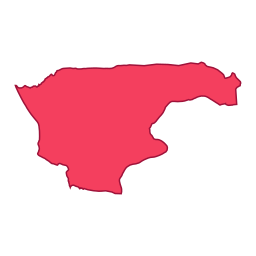 Thaphabath, Bolikhamxai, Laos (Natural Earth projection)
{"feature_id": "54806243B39354451969384", "entity_name": "Thaphabath", "entity_type": "district", "adm_level": 2, "iso_a3": "LAO", "parent_name": "Laos", "parent_adm1": "Bolikhamxai", "projection": "natural_earth1", "projection_center": [103.109, 18.364], "detail": "fine", "context": "isolated", "style": "filled", "palette": "rose", "viewbox_px": 256, "rotation_deg": 0, "n_neighbors": 0, "source": "geoboundaries", "source_scale": "gbopen_adm2", "svg_char_len": 5407}
<svg xmlns="http://www.w3.org/2000/svg" viewBox="0 0 256 256"><path d="M114.3,67.4L112.0,68.3L109.5,68.5L106.5,68.4L103.6,68.5L100.6,68.3L96.8,68.1L93.5,68.1L87.9,68.3L85.2,68.6L84.4,68.5L83.0,68.6L81.6,68.9L78.9,69.0L77.2,68.9L75.9,68.3L75.6,68.3L73.1,68.5L70.2,68.0L66.9,68.2L63.9,68.4L63.6,68.4L62.2,68.7L58.7,70.4L57.6,70.6L57.3,70.6L57.0,70.8L56.8,71.0L56.7,71.3L56.5,71.8L56.3,72.3L56.0,72.5L55.7,72.6L55.5,72.9L54.7,74.8L54.4,75.2L54.1,75.4L53.8,75.6L52.7,75.6L52.3,75.2L52.1,75.0L51.9,74.6L51.7,74.4L51.4,74.3L51.2,74.3L50.6,74.9L50.1,75.3L49.9,75.6L49.1,76.4L48.8,76.7L48.5,76.8L48.2,76.8L47.9,76.9L47.7,77.1L47.4,77.6L47.2,77.7L47.0,77.9L46.7,77.9L46.5,78.1L46.1,78.5L45.7,78.7L45.2,79.0L45.0,79.3L44.8,80.3L44.7,80.5L44.2,80.8L44.0,81.0L43.8,81.6L43.5,81.8L43.3,81.9L43.0,81.9L42.9,82.2L42.7,82.4L41.6,83.0L41.4,83.2L41.3,83.6L41.2,84.0L40.3,84.5L39.8,84.9L39.6,85.1L39.3,85.1L39.2,84.9L39.1,84.6L38.9,84.5L38.8,85.3L38.8,85.7L38.6,86.1L38.3,86.1L38.1,86.1L37.8,86.2L37.6,86.3L37.4,86.6L37.1,87.0L36.9,87.0L36.5,86.9L35.9,86.3L35.6,86.1L35.3,86.0L35.0,86.0L34.1,86.2L33.6,86.1L33.3,86.2L32.6,86.9L32.4,87.1L32.0,87.2L31.4,87.2L31.0,87.4L30.4,87.9L30.1,87.9L29.8,87.8L29.4,87.7L29.0,87.4L28.6,87.3L28.2,87.1L27.3,86.8L26.8,86.7L26.2,86.4L25.7,85.8L25.5,85.7L25.0,85.7L24.8,85.7L24.5,85.9L24.2,86.2L23.7,86.7L23.4,87.0L22.8,87.3L22.0,87.7L21.5,87.9L20.9,88.0L20.6,87.9L19.6,88.0L18.4,87.7L17.6,87.1L16.8,86.0L16.1,85.5L15.4,85.5L16.0,87.2L18.2,92.0L21.2,97.9L23.8,102.7L26.0,106.2L26.9,107.9L28.9,111.0L31.1,114.2L33.5,117.2L35.8,120.0L37.1,121.5L38.4,123.6L39.0,126.0L39.5,131.0L39.6,136.2L39.5,139.7L39.4,140.2L39.1,140.6L38.9,141.3L38.5,142.4L38.1,143.1L38.1,144.2L38.3,144.9L38.6,145.4L39.0,146.5L39.3,148.1L39.3,149.3L38.9,150.3L38.6,151.6L37.7,153.5L37.7,153.8L37.8,154.2L38.5,155.1L39.7,155.9L41.0,156.5L42.8,157.5L44.6,158.3L45.3,158.7L46.2,159.5L48.8,161.1L50.7,162.7L51.4,163.2L52.1,163.6L53.3,163.7L55.2,164.4L56.5,164.9L57.4,165.1L57.7,164.9L58.3,163.9L58.7,163.7L59.4,163.5L60.1,163.5L62.0,164.3L62.8,164.7L66.3,165.5L67.2,166.3L67.8,167.2L68.2,168.1L68.5,169.0L68.5,169.7L68.2,170.2L67.1,171.2L66.4,172.1L66.3,172.8L66.5,174.1L66.8,175.6L67.1,176.3L68.4,178.5L68.3,180.5L68.3,180.8L68.4,181.3L68.8,181.7L68.8,181.8L68.8,182.5L68.9,183.0L69.1,183.4L69.2,183.6L69.3,184.0L69.4,185.4L69.5,185.6L69.8,185.9L70.0,186.1L69.8,186.3L70.1,186.7L70.3,187.4L70.5,186.9L70.8,186.4L71.4,185.8L71.6,185.6L72.1,185.4L72.5,185.3L73.1,185.2L73.7,185.2L75.0,185.8L75.8,186.2L77.5,186.7L78.1,186.9L78.4,187.1L78.8,187.4L79.0,187.7L79.4,188.3L79.5,188.5L79.8,188.2L80.1,188.0L80.2,187.9L80.4,188.0L80.6,188.3L80.9,188.0L81.0,188.0L81.2,188.3L81.3,188.3L81.6,188.2L81.8,188.1L82.0,188.2L82.3,188.3L82.5,188.6L82.8,188.9L83.2,189.2L83.3,189.2L83.5,188.8L83.7,188.6L83.9,188.5L84.2,188.5L84.4,188.6L84.9,188.9L85.2,188.9L85.9,189.1L87.8,189.7L93.4,190.7L98.9,191.2L101.6,191.1L105.7,190.8L108.3,191.3L111.9,192.0L115.1,193.5L121.2,193.7L121.6,191.8L121.6,189.5L121.4,188.1L120.1,184.1L119.5,181.5L119.4,180.3L119.5,179.4L119.7,178.7L120.5,177.5L121.6,175.9L122.1,174.9L122.5,173.7L123.4,172.2L124.4,170.3L125.6,168.4L126.5,167.4L127.3,166.7L129.9,165.1L131.2,164.7L132.9,164.2L135.9,163.8L137.5,163.3L138.9,162.9L140.1,162.2L141.7,161.1L144.0,159.8L146.3,158.8L148.2,158.0L150.3,157.4L154.2,157.0L156.4,156.4L159.4,155.3L162.2,154.0L164.6,152.5L165.9,151.8L167.1,150.0L167.4,147.7L167.0,146.1L166.2,145.1L165.0,143.8L164.1,142.9L162.5,141.6L161.7,141.1L160.9,140.6L158.8,139.7L157.3,139.5L156.3,139.5L155.2,139.4L154.0,138.9L153.5,138.5L153.0,137.4L152.4,136.5L152.1,135.9L151.8,135.4L151.2,134.9L150.8,134.5L150.4,133.9L150.0,132.9L149.9,132.1L149.8,131.6L149.8,130.7L149.8,129.9L149.7,129.5L149.6,129.1L149.4,128.8L149.5,128.5L149.6,128.0L149.9,127.8L150.1,127.6L150.5,127.0L151.6,124.5L151.9,123.9L152.4,123.5L152.7,123.4L153.1,123.4L153.4,123.4L153.7,123.2L154.0,123.1L154.7,122.6L155.6,121.7L156.2,121.1L156.6,120.5L158.8,117.7L159.9,116.4L160.8,115.5L161.8,114.3L162.7,113.1L163.1,112.5L164.4,109.9L164.7,109.3L165.1,108.3L165.3,107.4L167.6,104.7L168.5,103.7L170.1,102.2L171.1,101.7L172.2,101.4L173.4,101.4L174.6,101.4L176.2,101.5L177.7,101.6L179.2,101.5L182.5,101.3L183.5,101.1L184.3,101.0L185.7,100.6L188.7,99.6L189.3,99.9L190.3,99.9L192.6,99.4L193.5,98.7L195.0,98.2L196.4,97.5L197.2,97.1L198.0,96.8L199.5,96.4L201.4,96.0L204.6,96.1L205.5,96.3L206.6,96.7L208.2,97.5L210.6,99.1L212.2,100.0L214.7,101.6L216.2,102.6L218.2,103.8L219.4,104.7L219.9,105.0L220.2,105.0L220.4,104.9L220.8,104.6L221.2,104.5L221.6,104.5L222.5,104.2L224.9,103.8L225.4,103.6L225.4,103.8L225.6,104.0L226.0,104.4L226.4,104.7L227.2,104.9L227.8,105.2L228.5,105.3L229.2,105.3L231.2,105.1L232.6,105.0L233.2,104.7L234.2,104.6L236.7,104.4L235.7,89.3L236.3,88.2L237.2,87.2L238.2,86.7L239.3,86.0L240.1,85.7L240.2,85.1L240.3,84.1L240.3,83.9L240.6,83.5L240.6,83.3L240.6,82.5L240.4,81.8L239.8,81.1L236.5,77.9L235.5,76.3L235.0,74.9L234.7,74.1L233.7,73.4L232.6,72.9L232.0,73.4L231.5,75.1L230.4,76.5L229.7,77.0L228.2,77.5L226.7,77.9L225.8,78.3L224.8,78.0L224.1,76.1L223.5,74.7L221.8,73.1L217.6,69.8L213.2,67.8L212.7,67.7L210.7,67.2L209.1,66.9L207.1,66.4L205.3,64.9L204.7,63.7L203.3,62.9L201.4,62.3L201.0,62.4L198.5,63.8L198.1,63.9L190.8,63.0L178.7,65.6L168.0,64.5L156.6,64.2L144.2,65.7L129.5,64.9L128.7,65.0L126.5,65.4L124.0,65.3L120.7,65.6L118.2,65.6L117.2,65.8L116.0,66.3L114.3,67.4Z" fill="#f43f5e" stroke="#9f1239" stroke-width="1.5"/></svg>